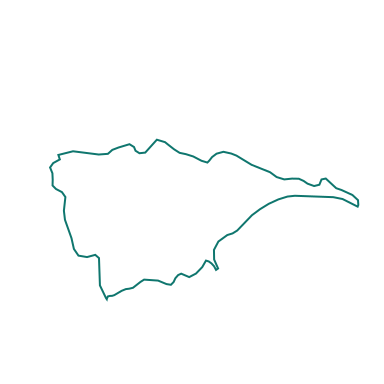 an SVG outline of Yilan, rotated 55°
{"feature_id": "TWN-1163", "entity_name": "Yilan", "entity_type": "County", "adm_level": 1, "iso_a3": "TWN", "parent_name": "Taiwan", "parent_adm1": "", "projection": "natural_earth1", "projection_center": [121.682, 24.662], "detail": "fine", "context": "isolated", "style": "outline", "palette": "teal", "viewbox_px": 384, "rotation_deg": 55, "n_neighbors": 0, "source": "natural_earth", "source_scale": "10m", "svg_char_len": 1439}
<svg xmlns="http://www.w3.org/2000/svg" viewBox="0 0 384 384"><g transform="rotate(55 192 192)"><path d="M299.0,64.7L284.1,72.7L277.3,79.2L254.1,109.9L250.5,116.4L247.6,125.5L245.7,135.9L245.1,146.2L245.4,156.2L249.5,177.1L249.2,182.5L247.5,187.8L247.7,198.8L252.0,207.2L260.0,212.6L269.6,214.5L269.6,217.0L265.5,216.5L261.7,217.0L258.5,218.1L256.2,219.9L259.4,226.7L261.1,235.5L260.1,243.1L252.7,247.7L252.1,251.0L253.1,255.1L255.2,258.7L255.9,262.5L252.8,265.7L245.1,270.6L236.3,281.5L236.1,285.8L236.6,295.3L235.2,298.9L233.6,301.9L232.6,306.3L231.9,314.9L231.2,317.1L230.0,318.9L229.3,320.8L230.6,323.0L230.9,323.3L229.6,323.3L215.7,321.0L192.8,306.1L188.0,307.3L185.1,315.3L179.0,321.5L170.9,321.4L160.7,317.2L141.9,312.0L133.9,307.7L130.8,305.0L123.5,298.6L117.5,298.6L111.5,301.7L106.7,302.5L102.1,299.1L96.6,295.6L90.5,294.2L88.7,289.1L89.5,281.6L85.0,280.2L90.4,266.1L107.8,246.9L112.5,239.0L111.8,233.1L113.4,226.7L116.3,217.9L117.0,215.8L121.9,213.7L125.8,214.6L130.1,212.8L132.9,207.7L129.0,190.8L135.7,185.5L139.5,184.4L146.7,182.2L152.8,179.7L157.5,175.3L163.6,170.6L171.9,166.3L176.7,162.5L176.2,159.8L174.9,155.5L174.7,149.9L177.1,143.2L183.0,137.8L187.7,134.7L203.9,127.6L220.6,116.7L228.3,114.1L234.6,109.2L238.4,102.4L242.4,96.9L247.0,94.2L251.4,92.6L257.1,88.6L259.1,83.5L256.0,78.7L257.7,74.7L271.6,71.7L276.1,68.4L286.5,62.3L293.9,60.7L298.0,63.2L299.0,64.7Z" fill="none" stroke="#0f766e" stroke-width="2"/></g></svg>